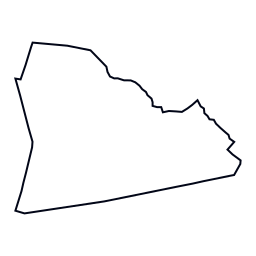 Boca da Mata, Alagoas, Brazil
{"feature_id": "56859067B28763804077147", "entity_name": "Boca da Mata", "entity_type": "district", "adm_level": 2, "iso_a3": "BRA", "parent_name": "Brazil", "parent_adm1": "Alagoas", "projection": "albers", "projection_center": [-36.155, -9.663], "detail": "fine", "context": "isolated", "style": "outline", "palette": "ink", "viewbox_px": 256, "rotation_deg": 0, "n_neighbors": 0, "source": "geoboundaries", "source_scale": "gbopen_adm2", "svg_char_len": 866}
<svg xmlns="http://www.w3.org/2000/svg" viewBox="0 0 256 256"><path d="M15.4,210.7L24.5,213.4L59.7,208.1L104.3,201.4L176.4,186.8L192.7,183.6L203.4,181.2L230.4,175.7L234.1,175.0L240.3,164.0L240.6,160.4L232.5,154.4L227.5,149.6L234.2,141.9L229.6,138.6L228.5,134.9L225.5,132.4L220.5,128.0L216.0,123.7L213.8,119.8L209.5,119.3L207.5,115.9L204.4,113.2L203.9,108.5L200.7,106.4L197.5,100.2L192.2,104.9L187.4,108.5L181.9,111.9L175.8,111.4L168.9,111.0L162.9,112.3L161.2,107.1L157.0,107.1L152.6,105.9L152.6,102.2L151.5,98.6L147.5,95.2L146.0,92.0L142.2,89.2L139.5,85.7L135.3,82.3L130.7,80.4L123.9,80.3L117.7,78.3L114.2,78.4L110.0,76.5L107.5,71.9L106.4,66.7L90.5,50.3L67.3,45.7L32.6,42.6L31.1,47.0L27.4,59.0L25.6,64.9L20.6,79.4L15.4,78.6L20.1,95.4L28.6,128.2L32.5,141.7L32.1,147.3L26.0,172.7L23.4,182.7L21.5,191.1L15.4,210.7Z" fill="none" stroke="#020617" stroke-width="2"/></svg>